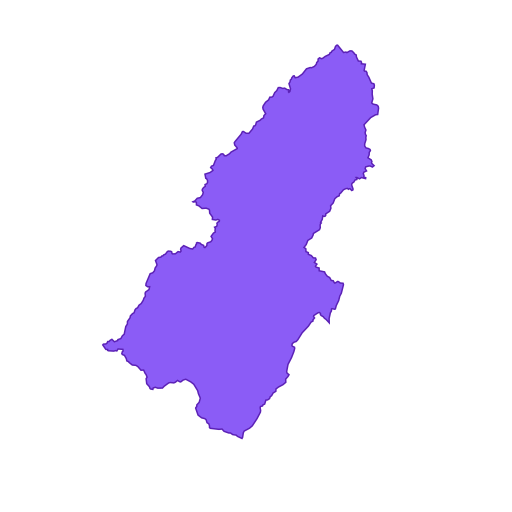 the district of Yauli, Junín, Peru, rotated 67°
{"feature_id": "86281439B56200314379174", "entity_name": "Yauli", "entity_type": "district", "adm_level": 2, "iso_a3": "PER", "parent_name": "Peru", "parent_adm1": "Junín", "projection": "mercator", "projection_center": [-76.155, -11.505], "detail": "fine", "context": "isolated", "style": "filled", "palette": "violet", "viewbox_px": 512, "rotation_deg": 67, "n_neighbors": 0, "source": "geoboundaries", "source_scale": "gbopen_adm2", "svg_char_len": 6120}
<svg xmlns="http://www.w3.org/2000/svg" viewBox="0 0 512 512"><g transform="rotate(67 256 256)"><path d="M150.0,254.5L151.4,254.8L152.1,256.0L156.0,259.8L155.9,261.9L156.9,263.2L159.1,262.2L160.4,262.2L161.2,265.6L160.7,271.0L164.9,271.9L165.5,271.3L167.5,271.1L169.4,271.9L170.3,273.1L170.3,275.0L172.1,275.5L172.5,277.5L173.6,279.3L174.6,279.9L176.9,279.7L178.8,281.3L180.5,284.4L179.9,287.5L181.5,291.0L181.4,292.9L181.8,292.7L182.4,290.6L183.3,289.9L185.7,290.9L187.5,289.0L191.2,287.1L192.5,283.2L194.5,281.1L195.6,280.9L198.5,281.9L203.2,280.8L205.3,281.9L207.2,278.9L207.4,276.8L208.8,275.7L209.7,276.2L210.0,278.2L210.6,279.2L212.1,279.5L213.4,280.7L213.3,282.9L214.8,282.7L216.3,283.7L218.0,284.1L218.3,286.2L220.4,289.7L223.1,289.3L224.4,290.5L225.2,292.1L225.0,295.3L225.3,296.2L227.2,297.2L228.3,299.6L227.9,300.3L225.7,300.1L224.0,301.8L222.3,302.4L220.6,304.9L220.8,305.7L221.9,306.2L222.2,307.0L223.9,308.4L223.8,309.7L224.8,311.6L223.2,314.0L218.2,318.5L219.4,322.0L220.4,322.8L222.1,323.0L222.8,324.2L221.5,326.0L222.5,329.3L221.5,331.9L221.0,332.3L219.1,332.0L218.3,332.7L217.2,334.8L217.3,335.9L218.9,338.6L218.9,340.6L219.5,341.7L219.2,342.7L219.9,344.1L219.3,346.3L220.9,350.3L225.1,350.5L226.1,351.1L227.6,353.5L230.0,355.3L231.1,357.6L230.9,360.3L238.3,367.9L240.1,368.9L242.0,367.8L242.7,365.9L245.1,367.6L246.0,371.7L246.9,372.6L249.9,373.6L251.0,375.6L252.7,377.1L254.9,380.2L255.6,383.0L257.4,385.2L257.5,386.9L258.2,388.3L260.6,390.4L260.8,392.2L262.1,395.1L263.6,396.0L266.0,399.9L268.4,401.0L270.0,403.4L276.5,407.9L277.2,410.1L279.2,412.7L279.0,415.8L279.8,416.4L279.6,419.9L276.4,421.2L276.6,423.1L277.3,424.6L276.8,425.9L278.0,427.2L278.3,428.6L277.5,430.9L278.0,431.8L282.9,430.8L283.4,430.6L284.1,429.1L285.0,429.4L285.6,428.8L287.9,424.2L288.3,422.0L289.0,421.2L287.7,419.3L289.9,415.0L291.5,415.4L291.8,416.4L293.5,417.7L294.5,417.5L296.1,415.9L299.9,415.5L302.1,415.9L303.6,414.5L304.3,414.5L308.0,412.5L309.7,409.3L311.6,408.0L316.2,406.5L317.1,404.0L320.8,403.9L322.1,403.5L325.0,403.6L326.0,405.1L330.9,406.5L334.6,405.2L336.6,405.3L337.2,405.0L338.5,403.1L337.3,402.2L337.5,400.0L339.3,398.0L341.0,393.7L340.0,391.4L338.7,385.9L339.0,384.3L340.7,381.2L340.7,379.6L339.9,376.8L341.8,375.5L342.5,374.5L341.7,371.4L342.0,368.8L346.3,365.3L349.7,363.4L357.1,362.3L360.2,362.8L365.1,362.8L368.5,365.5L369.9,368.6L371.6,369.5L371.9,370.5L372.5,371.0L379.8,371.5L383.7,369.3L385.7,366.7L387.1,365.9L390.3,366.2L392.1,365.0L394.3,365.2L395.5,365.8L396.7,365.5L401.1,357.8L402.0,354.9L404.9,353.9L408.2,350.3L409.0,348.6L411.2,347.3L413.2,344.2L414.7,343.6L418.5,340.2L417.7,339.2L413.7,336.7L412.5,335.2L412.0,329.3L410.9,325.8L406.1,318.6L401.5,313.0L400.0,312.1L397.3,311.5L396.3,310.7L396.6,308.6L395.7,307.7L395.7,305.9L392.5,303.2L393.0,301.6L392.6,299.3L391.1,297.9L390.7,296.2L388.8,293.8L388.3,290.6L386.2,289.6L385.4,286.5L385.0,281.5L383.9,277.9L380.9,276.8L379.5,273.8L378.2,272.0L375.7,273.2L374.3,272.9L368.3,268.9L363.4,263.0L358.9,258.6L356.2,256.5L355.0,256.2L353.2,257.8L352.4,257.9L350.8,256.8L350.2,254.6L350.4,252.4L349.4,250.2L344.7,243.5L341.0,235.1L338.4,231.2L338.1,228.9L337.0,228.5L335.9,226.3L334.3,226.7L333.4,226.1L332.5,221.2L332.7,219.8L334.0,219.1L335.1,219.6L336.2,219.3L338.2,217.8L340.1,217.3L341.7,216.3L346.1,214.7L342.1,213.1L337.4,209.8L336.1,208.1L334.2,207.1L334.1,206.7L335.8,204.3L335.7,203.6L333.0,201.5L329.3,197.3L325.6,194.5L323.6,192.0L316.6,186.7L315.1,186.5L313.8,189.0L311.8,190.1L311.3,190.9L311.8,193.2L311.5,194.3L308.9,194.6L307.9,196.3L304.6,196.6L302.5,198.3L299.5,199.1L297.4,199.1L294.3,203.6L291.7,202.6L289.8,205.0L288.6,205.3L287.3,203.1L284.7,204.8L282.9,202.1L281.1,202.0L280.1,204.0L277.2,204.9L274.9,207.2L273.3,206.5L271.5,208.3L268.8,207.3L266.9,208.5L265.1,205.3L261.9,202.2L261.2,197.7L258.9,195.1L257.7,194.4L256.6,187.3L255.1,185.8L252.6,184.9L251.6,184.1L251.1,183.0L250.3,183.4L248.2,180.7L245.2,178.9L246.1,178.0L246.4,177.0L245.9,176.0L244.5,175.4L243.6,170.7L241.3,168.4L238.9,167.7L237.4,164.3L234.0,161.0L233.1,158.1L233.1,155.9L231.2,154.6L231.2,153.5L229.2,149.6L229.1,146.9L229.6,145.3L230.7,144.9L230.5,143.8L230.8,143.2L233.1,142.3L233.1,141.1L232.3,140.5L228.2,140.2L227.1,139.7L226.4,138.6L226.3,137.3L224.7,135.1L225.0,133.3L224.1,132.7L222.9,133.1L223.1,132.5L225.4,130.6L225.0,128.3L227.6,124.9L226.8,124.4L225.4,125.9L224.0,125.1L222.2,125.1L221.0,124.0L220.9,121.0L218.2,121.4L216.8,120.2L217.3,116.7L217.9,115.6L219.6,114.1L219.0,112.0L215.9,113.3L215.2,113.2L214.4,112.4L212.5,112.4L209.3,114.6L207.2,112.4L204.8,111.2L203.7,109.5L202.5,109.4L201.0,110.5L199.5,112.5L197.3,113.0L195.2,112.1L191.9,109.3L189.6,108.5L188.3,107.5L186.7,107.7L185.0,107.3L183.0,105.6L179.8,105.7L177.4,105.3L173.4,96.3L172.7,90.7L173.3,88.7L167.8,85.4L165.9,85.0L164.1,85.8L162.0,88.8L160.3,89.7L157.0,87.0L152.4,85.8L149.4,84.4L147.3,84.1L147.4,81.6L145.0,80.3L143.5,80.2L141.9,82.2L135.5,82.3L132.5,82.8L130.5,82.2L128.9,82.5L128.2,83.9L127.5,84.0L122.2,80.4L120.2,83.9L118.9,83.2L117.7,83.3L116.5,85.6L112.0,85.8L110.1,85.2L108.5,86.4L107.3,86.5L104.7,87.6L103.9,89.4L104.3,92.9L103.4,93.5L102.9,95.9L93.8,98.5L93.5,99.4L94.1,100.9L96.5,103.1L97.0,106.0L98.0,107.2L97.8,108.3L99.1,109.7L99.3,114.2L100.1,117.5L99.9,118.7L98.4,120.0L98.9,121.8L100.9,122.8L101.6,124.5L103.1,125.6L104.3,128.2L104.4,131.3L103.7,132.5L103.4,136.4L106.6,142.2L107.8,147.4L107.2,150.3L105.1,150.4L104.8,151.3L106.0,153.5L107.1,154.4L107.5,155.7L108.9,156.5L110.2,158.3L115.6,158.9L117.8,160.5L118.2,161.8L117.6,162.0L116.7,161.0L115.7,161.1L115.1,162.3L112.7,164.0L112.2,165.9L110.3,168.0L109.7,169.7L111.9,172.3L112.9,174.9L115.7,178.0L115.9,179.5L115.2,181.2L117.2,183.4L118.2,187.1L120.6,190.7L121.9,191.7L123.6,192.1L128.8,191.5L129.8,193.8L131.8,195.1L132.0,197.5L132.7,199.2L132.9,203.3L135.2,205.1L135.7,206.1L135.5,207.3L137.7,209.5L140.3,214.6L139.1,217.2L136.5,218.9L136.2,219.9L138.1,222.1L142.4,230.5L143.3,231.8L145.6,232.2L149.0,231.1L149.8,231.3L150.6,238.5L151.5,240.3L152.1,244.4L151.3,246.0L150.2,246.0L149.0,246.6L148.4,248.3L150.2,253.0L150.0,254.5Z" fill="#8b5cf6" stroke="#5b21b6" stroke-width="1.5"/></g></svg>